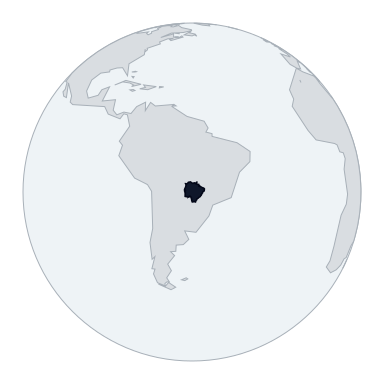 Mato Grosso do Sul on an orthographic globe
{"feature_id": "BRA-600", "entity_name": "Mato Grosso do Sul", "entity_type": "State", "adm_level": 1, "iso_a3": "BRA", "parent_name": "Brazil", "parent_adm1": "", "projection": "orthographic", "projection_center": [-55.435, -20.619], "detail": "fine", "context": "on_globe", "style": "filled", "palette": "ink", "viewbox_px": 384, "rotation_deg": 0, "n_neighbors": 0, "source": "natural_earth", "source_scale": "10m", "svg_char_len": 7746}
<svg xmlns="http://www.w3.org/2000/svg" viewBox="0 0 384 384"><circle cx="192" cy="192" r="169" fill="#eef3f6" stroke="#a8b0b8"/><path d="M163.5,25.5L163.2,25.5L160.0,26.1L163.5,25.5ZM157.4,26.6L140.5,31.3L136.9,32.8L136.9,33.4L148.4,31.9L146.6,33.5L148.1,34.8L151.6,33.2L151.6,31.7L158.4,29.5L157.7,28.4L160.3,27.5L161.7,26.5L167.3,25.7L172.0,25.7L171.1,26.7L173.2,26.9L178.7,25.5L181.6,27.6L191.4,29.7L191.6,30.6L183.3,32.5L171.4,33.1L160.8,37.5L173.6,33.9L173.6,37.1L176.1,37.6L179.5,37.3L181.8,35.9L183.0,37.1L170.9,40.6L169.6,39.5L173.4,38.3L167.8,38.8L159.6,42.0L160.3,43.9L147.2,48.3L147.5,49.8L144.9,52.0L145.2,49.1L144.3,54.7L129.0,63.8L127.5,75.8L122.6,67.7L117.0,68.0L110.0,70.0L109.6,71.9L100.8,73.1L91.7,80.0L86.6,91.0L88.2,98.1L98.1,95.3L101.9,89.7L109.6,86.8L102.3,101.0L115.5,99.7L113.2,110.2L116.8,114.8L123.9,112.1L131.0,113.5L136.7,106.6L145.6,102.2L145.3,110.7L150.6,102.4L155.3,106.0L173.4,104.5L171.9,106.5L187.0,116.4L204.1,121.2L208.1,128.0L205.9,132.1L212.0,133.6L212.1,136.4L237.0,142.7L250.1,151.5L249.9,161.6L239.5,172.2L231.2,197.6L212.8,205.1L208.9,216.0L196.0,232.3L184.7,230.9L188.8,239.4L183.3,244.6L176.2,245.1L175.8,251.3L170.6,251.7L174.6,255.6L167.7,264.1L171.4,270.7L166.7,277.8L169.3,281.8L167.0,281.8L164.9,283.5L165.2,285.8L157.5,282.7L153.5,273.9L155.0,269.1L151.9,268.7L154.9,256.6L152.1,259.3L150.0,242.5L152.7,228.5L151.6,191.3L147.5,184.6L134.6,178.1L118.8,155.7L122.5,145.2L119.3,141.2L129.7,126.2L127.4,114.8L123.8,113.8L120.0,118.8L108.2,114.1L104.7,106.6L72.7,104.6L70.2,102.1L71.6,96.0L68.5,82.9L66.4,97.6L63.7,96.2L63.0,91.8L65.2,89.3L67.1,82.2L65.8,81.6L71.8,73.4L77.6,67.7L87.4,59.3L97.9,51.6L109.0,44.8L120.5,38.9L132.5,33.9L144.8,29.8L157.4,26.6ZM125.9,80.4L141.1,84.3L131.6,86.5L133.6,85.0L129.9,83.0L122.8,81.9L114.7,85.0L125.9,80.4ZM134.5,72.0L131.8,72.0L134.5,71.5L134.5,72.0ZM158.6,27.0L160.1,26.7L159.1,27.1L158.6,27.0ZM157.7,27.0L155.4,27.6L154.6,27.6L156.1,27.2L157.7,27.0ZM160.8,26.3L153.6,27.7L152.3,27.9L156.8,26.8L160.8,26.3ZM171.0,289.7L158.4,284.1L165.2,286.4L168.6,282.5L175.7,287.2L171.0,289.7ZM181.5,279.8L186.2,277.8L187.8,278.9L184.8,280.6L181.5,279.8ZM303.7,65.2L304.5,66.0L306.7,68.0L316.1,77.4L318.3,79.8L314.2,75.3L300.9,63.0L297.3,61.3L300.6,69.0L296.9,68.2L290.1,64.4L280.9,53.9L290.4,57.0L287.2,54.1L278.5,48.4L282.1,50.1L279.7,48.4L282.6,49.7L280.1,47.8L292.2,56.0L303.7,65.2ZM354.7,237.6L353.6,241.4L351.0,245.7L346.2,257.5L344.1,258.8L340.7,265.1L336.2,269.8L330.5,272.8L326.3,267.0L330.0,260.8L333.9,246.5L341.1,215.2L346.3,204.2L347.6,194.1L344.1,169.2L345.2,158.6L343.3,152.8L339.8,151.8L337.1,144.9L334.6,143.5L316.1,139.9L308.0,130.4L292.2,106.3L293.7,99.1L289.5,89.8L296.3,68.2L302.7,71.8L313.7,76.0L315.9,78.1L320.1,83.8L332.6,98.6L331.0,95.9L337.6,106.3L343.5,117.2L348.6,128.5L352.8,140.1L356.2,152.0L358.6,164.1L360.2,176.3L360.9,188.7L360.7,201.0L359.6,213.4L357.6,225.6L354.7,237.6ZM299.8,80.0L301.0,82.5L299.8,80.0ZM173.9,104.4L176.1,105.9L173.1,106.1L173.9,104.4ZM129.9,89.9L133.3,89.5L135.0,90.5L132.3,91.3L129.9,89.9ZM159.6,86.5L163.7,86.9L159.3,87.9L159.6,86.5ZM143.6,84.9L156.3,86.6L147.7,89.7L139.7,88.8L145.5,87.4L143.6,84.9ZM132.0,76.4L134.1,76.6L133.2,78.0L132.0,76.4ZM136.5,71.7L135.6,72.0L134.8,71.1L136.5,71.7ZM174.4,36.9L175.4,36.7L178.7,36.7L176.8,37.3L174.4,36.9ZM195.2,34.1L196.8,36.2L194.4,34.9L192.1,35.9L184.1,34.9L191.2,31.1L189.4,32.8L195.2,34.1ZM175.5,33.1L179.7,33.8L174.8,33.2L175.5,33.1ZM263.6,39.4L266.8,40.9L268.9,42.2L266.4,41.9L263.3,39.8L263.6,39.4ZM261.9,38.2L262.8,38.6L264.6,39.4L266.8,40.6L277.9,46.6L280.5,48.3L274.5,45.9L275.0,45.5L271.9,43.9L270.8,42.8L260.6,37.6L261.6,38.0L261.9,38.2ZM238.1,29.5L237.1,29.2L232.0,27.9L232.5,28.0L228.0,26.9L229.7,27.3L238.1,29.5ZM170.1,24.5L167.8,24.8L168.1,24.7L169.5,24.5L170.1,24.5ZM178.7,23.6L177.8,23.6L184.6,23.3L181.5,23.8L177.2,23.9L179.9,24.3L174.7,24.6L177.2,25.0L168.0,25.1L163.5,25.7L169.7,24.7L172.7,24.2L172.2,24.2L178.7,23.6ZM216.6,24.8L210.9,24.3L208.9,24.9L209.6,25.9L202.3,25.1L197.0,23.9L193.7,23.2L196.0,23.1L216.6,24.8ZM315.2,76.8L316.4,77.9L317.5,78.9L319.9,81.8L315.2,76.8ZM306.3,68.4L306.9,68.6L310.8,72.7L309.6,71.8L306.3,68.4ZM303.8,65.6L306.6,68.4L304.4,66.3L303.8,65.6ZM342.8,268.2L343.1,267.7L346.8,259.7L346.9,259.4L342.8,268.2Z" fill="#d9dde1" stroke="#a8b0b8" stroke-width="1"/><path d="M185.1,190.3L185.3,190.2L184.6,189.5L184.5,189.4L185.4,187.4L185.5,187.4L185.6,187.0L186.0,185.1L186.3,185.0L186.3,184.9L186.2,184.9L186.0,184.7L185.8,184.3L185.6,183.9L185.5,183.6L185.8,183.6L185.9,183.8L186.0,183.8L186.3,184.0L186.4,183.9L186.9,183.8L187.0,183.7L187.4,183.6L187.7,183.3L187.7,183.2L187.9,182.9L188.0,182.8L188.0,182.7L188.2,182.4L188.3,182.3L188.5,182.3L188.9,182.3L189.0,182.2L189.1,182.3L189.3,182.2L189.5,182.2L190.1,181.9L190.3,181.9L190.3,182.0L190.8,182.2L190.9,182.3L191.0,182.4L191.4,182.5L191.5,182.5L191.7,182.8L192.0,182.9L192.3,183.1L192.7,183.4L192.9,183.3L193.0,183.3L193.3,183.3L193.5,183.3L193.8,183.1L193.9,182.9L194.1,182.9L194.3,182.8L194.5,182.8L194.9,183.1L194.9,183.3L195.0,183.3L195.4,183.2L195.5,183.2L195.8,183.1L195.9,182.9L196.1,182.8L196.2,182.7L196.4,182.4L196.5,182.3L196.7,182.1L196.9,182.1L196.9,182.3L196.8,182.6L196.8,182.8L196.7,183.3L196.4,183.4L196.3,183.6L196.2,183.7L196.1,183.9L196.1,184.0L196.4,184.1L196.7,184.3L196.8,184.3L197.1,184.3L197.5,184.4L198.0,184.3L198.4,184.4L198.7,184.4L198.7,184.6L198.7,185.2L198.7,185.3L198.8,185.4L198.8,185.5L199.0,185.4L199.4,185.5L199.5,185.6L199.4,185.7L199.2,186.0L199.1,186.3L199.5,186.4L199.9,186.5L200.2,186.4L200.4,186.5L200.6,186.7L200.7,186.8L200.9,186.8L201.1,186.9L201.3,187.0L201.6,187.2L201.8,187.3L202.0,187.5L202.6,187.7L202.7,187.8L202.8,187.8L203.1,187.8L203.4,188.1L203.5,188.1L203.8,188.2L204.0,188.3L204.2,188.5L204.4,188.8L204.5,189.0L204.4,189.1L204.3,189.3L204.2,189.4L204.2,189.5L204.3,190.1L204.3,190.4L204.3,190.6L204.2,190.9L204.0,191.1L203.9,191.2L203.5,191.3L203.3,191.4L203.2,191.5L203.0,191.9L202.8,192.0L202.7,192.0L202.6,192.3L202.5,192.9L202.4,192.9L202.2,193.2L202.0,193.5L201.8,193.6L201.8,194.0L201.6,194.4L201.5,194.6L201.4,194.7L201.2,194.6L201.1,194.8L201.2,195.0L201.3,195.1L201.2,195.3L200.9,195.5L200.7,195.8L200.5,196.0L200.4,196.3L200.1,196.7L199.9,196.8L199.7,196.9L199.5,197.0L199.4,197.1L199.1,197.3L198.9,197.5L198.7,197.5L198.3,198.0L198.2,198.2L197.3,198.6L197.1,198.7L197.0,198.8L196.9,199.0L196.9,199.4L196.6,199.9L196.6,200.0L196.3,200.2L196.0,200.3L196.0,200.5L195.8,200.9L195.8,201.1L195.7,201.3L195.7,201.7L195.7,201.8L195.4,202.0L195.2,202.1L194.9,201.9L194.7,201.7L194.2,201.4L194.0,201.5L193.6,201.6L193.4,201.8L193.2,201.9L192.9,201.9L192.7,202.0L192.4,201.9L192.2,201.9L192.0,201.2L191.9,201.0L191.7,200.8L191.7,200.4L191.8,200.2L191.7,200.0L191.7,199.9L191.7,199.7L191.7,199.4L191.6,199.2L191.4,199.0L191.5,198.8L191.4,198.6L191.5,198.3L191.5,198.2L191.5,197.9L191.3,197.8L191.2,197.8L191.2,197.7L191.1,197.3L191.1,197.2L190.8,196.9L190.8,197.0L190.6,197.0L190.5,196.9L190.4,196.9L189.9,196.9L189.7,196.8L189.6,196.7L189.4,196.5L189.4,196.3L189.1,196.4L188.9,196.5L188.7,196.8L188.6,196.7L188.5,196.8L188.4,196.8L188.2,196.9L188.1,197.0L188.1,196.9L187.9,196.8L187.7,196.8L187.4,196.8L187.3,196.7L187.2,196.7L186.8,196.7L186.7,196.7L186.3,196.7L186.2,196.6L185.9,196.4L185.7,196.4L185.6,196.5L185.4,196.5L185.2,196.5L185.1,196.4L185.0,196.2L185.2,195.8L185.1,195.7L185.1,195.4L185.3,195.2L185.2,195.1L185.2,194.8L185.1,194.7L185.3,194.2L185.2,194.0L185.3,193.9L185.4,193.7L185.4,193.4L185.4,193.2L185.2,192.9L185.3,192.7L185.2,192.6L185.3,192.4L185.2,192.3L185.2,192.2L185.0,192.3L185.0,192.2L184.9,192.1L184.9,191.9L184.9,191.7L184.8,191.4L184.7,191.3L184.6,191.2L184.5,190.9L184.5,190.7L184.8,190.6L184.8,190.4L185.0,190.4L185.1,190.3Z" fill="#0f172a" stroke="#020617" stroke-width="1.5"/></svg>